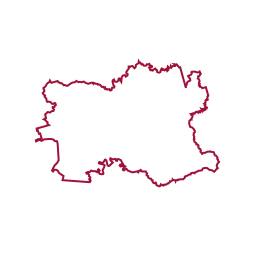 the district of Hawkesbury, New South Wales, Australia, rotated 65°
{"feature_id": "25037944B69069268480762", "entity_name": "Hawkesbury", "entity_type": "district", "adm_level": 2, "iso_a3": "AUS", "parent_name": "Australia", "parent_adm1": "New South Wales", "projection": "mercator", "projection_center": [150.826, -33.341], "detail": "fine", "context": "isolated", "style": "outline", "palette": "rose", "viewbox_px": 256, "rotation_deg": 65, "n_neighbors": 0, "source": "geoboundaries", "source_scale": "gbopen_adm2", "svg_char_len": 5751}
<svg xmlns="http://www.w3.org/2000/svg" viewBox="0 0 256 256"><g transform="rotate(65 128 128)"><path d="M147.6,209.4L160.9,185.6L160.2,184.3L159.5,184.8L158.9,184.1L157.9,184.7L157.6,183.7L156.8,183.0L155.2,183.8L154.1,183.0L153.1,183.4L152.4,183.2L151.9,184.7L151.0,184.8L150.9,183.2L151.7,181.4L151.0,179.4L152.3,178.1L153.4,175.8L154.9,174.7L153.1,172.8L152.9,172.1L154.4,171.6L156.0,173.1L157.4,173.2L158.6,171.8L159.2,170.1L158.7,169.4L155.5,168.9L153.4,166.1L151.8,164.9L151.1,165.3L147.8,169.3L146.9,168.9L146.7,168.3L148.7,166.3L148.7,165.4L148.4,164.2L147.0,162.4L147.0,161.9L148.2,161.3L153.3,162.3L154.3,161.6L154.4,161.0L152.9,156.4L149.9,157.6L148.7,157.4L148.0,156.7L150.1,155.0L150.5,152.7L151.3,152.4L152.4,152.7L152.8,152.3L153.1,151.9L151.8,150.9L151.9,150.1L154.0,148.1L158.5,147.8L157.9,150.6L158.6,151.4L159.7,151.0L160.6,147.3L161.8,146.7L162.6,149.5L163.8,150.3L164.3,150.1L164.7,149.6L164.2,147.4L164.4,146.6L166.4,146.2L169.8,143.1L170.4,141.7L171.3,137.5L172.3,137.7L172.6,137.4L171.5,136.5L171.4,135.6L172.0,134.9L171.8,134.6L172.2,134.6L172.1,133.9L173.4,133.6L174.9,130.3L175.4,130.5L177.2,129.8L178.3,131.1L179.8,130.6L180.1,130.1L181.5,130.6L183.3,129.4L183.9,128.4L185.4,128.6L185.9,127.8L186.9,128.4L188.7,128.1L189.2,127.6L189.1,126.0L189.9,125.8L191.8,126.4L194.1,124.3L194.2,123.6L192.9,122.0L194.3,121.3L194.4,120.5L195.0,120.4L195.1,119.5L194.6,119.2L195.5,117.2L195.0,116.2L195.3,115.1L194.9,114.6L195.0,113.3L194.0,112.5L194.5,111.9L194.2,109.8L193.5,109.3L194.2,109.1L195.2,107.4L196.3,107.4L195.6,106.8L195.8,105.6L196.3,105.2L196.0,104.4L196.4,104.1L196.2,103.2L197.8,99.6L196.9,97.2L196.1,97.0L196.0,96.2L196.3,94.6L196.0,92.2L196.6,90.9L195.6,89.8L196.2,87.5L197.2,86.7L196.6,85.7L196.7,83.1L196.5,82.5L197.6,79.0L196.3,77.2L196.8,74.7L198.0,73.0L200.0,72.2L201.9,69.7L204.0,68.4L203.9,67.6L202.9,65.9L202.3,63.6L201.7,63.9L199.5,63.5L198.3,62.2L197.2,59.8L196.0,60.2L194.8,59.8L193.7,60.2L192.9,59.4L190.2,59.9L189.8,60.6L188.6,60.9L187.6,60.5L186.0,60.7L184.8,62.7L183.8,63.5L183.9,64.2L183.0,66.1L183.1,68.5L182.4,70.2L182.8,71.8L182.4,72.0L181.2,71.9L180.1,72.4L179.0,71.4L177.6,71.4L177.3,72.0L175.6,72.5L174.8,72.0L174.0,72.1L173.5,71.5L172.2,72.1L171.7,73.0L170.6,72.5L169.1,73.4L167.4,73.5L166.4,72.7L166.1,73.0L165.7,72.5L164.9,72.5L164.1,71.6L162.3,71.7L161.6,71.0L160.5,70.7L160.0,69.1L158.4,68.6L157.5,69.0L156.8,68.8L154.4,69.8L153.2,71.2L149.9,70.7L147.5,69.4L146.9,67.6L147.3,66.9L146.0,66.3L145.8,65.6L144.3,64.3L143.3,64.2L142.8,65.2L141.8,65.3L142.1,63.9L142.8,63.2L142.2,62.5L143.2,61.5L142.3,60.6L142.1,59.2L143.7,58.1L142.7,57.1L142.8,56.7L144.0,56.6L144.4,55.8L143.2,55.3L143.6,54.5L143.2,53.6L141.8,53.5L143.0,52.7L144.1,52.9L143.4,51.9L142.4,51.9L142.7,50.9L143.1,51.3L144.2,51.1L144.2,50.3L143.1,49.6L143.6,48.6L143.4,48.3L142.8,47.8L141.7,49.2L141.0,48.6L140.0,49.0L139.3,47.9L138.2,48.6L138.1,47.6L137.6,47.5L137.3,46.7L135.7,46.1L135.5,44.9L136.1,44.5L136.0,43.8L134.9,44.1L134.3,43.1L132.9,42.7L132.7,41.6L123.9,40.2L123.3,43.9L122.4,44.0L121.3,44.7L121.2,45.3L119.9,45.7L119.7,45.1L119.0,45.2L119.1,44.8L117.9,44.7L117.8,44.2L116.7,44.5L115.8,43.4L115.2,43.2L113.7,43.2L112.6,43.8L112.2,43.0L110.8,42.7L111.0,41.4L110.2,40.0L109.4,39.7L109.4,39.1L107.1,39.2L107.4,40.4L107.0,41.6L105.2,43.5L104.0,46.3L104.2,47.0L105.6,47.2L106.3,48.3L106.3,51.6L108.1,51.4L109.4,50.8L111.3,51.5L111.3,54.3L111.7,55.1L113.6,56.6L114.0,57.7L116.2,58.6L95.1,55.1L95.0,55.9L90.9,57.0L91.1,58.3L90.4,58.2L89.8,59.1L91.1,58.6L91.7,58.9L90.7,61.6L91.5,63.0L90.1,63.1L91.3,63.9L90.9,65.5L90.1,66.0L89.4,65.7L89.0,65.9L89.9,66.6L90.7,66.3L92.4,66.8L92.9,68.3L90.7,67.9L90.6,69.2L91.3,69.7L91.2,70.6L90.4,70.9L89.9,72.2L89.0,71.6L88.3,72.3L89.5,74.0L90.9,74.8L91.1,75.8L90.7,76.9L89.6,77.9L87.9,77.3L87.1,78.0L85.7,78.0L85.7,79.3L86.4,81.3L85.3,81.8L85.5,82.8L85.1,83.3L82.1,83.3L82.8,80.9L82.7,80.4L82.1,80.2L81.5,80.4L80.9,81.7L78.9,81.6L78.9,83.1L78.2,84.0L79.1,85.1L78.3,87.3L76.5,87.7L76.3,88.6L75.5,88.4L74.9,89.5L73.8,89.3L73.1,90.0L72.2,90.1L73.6,91.0L74.2,94.2L76.0,95.3L76.6,96.9L73.8,97.7L73.4,98.6L73.5,100.1L72.6,101.0L72.6,101.5L74.2,101.9L76.5,105.9L77.7,106.3L78.9,105.5L80.1,106.2L80.5,108.3L78.8,108.4L78.3,110.0L78.5,110.8L79.4,112.3L83.3,114.6L81.3,114.9L80.1,114.4L79.4,114.9L79.3,115.7L81.1,116.8L81.4,118.9L80.1,120.5L78.2,120.1L78.2,121.2L78.7,122.0L79.9,122.5L83.2,123.1L84.4,122.6L85.1,122.9L85.5,123.8L84.7,125.2L85.3,126.0L86.6,126.7L86.7,127.9L86.2,128.5L84.9,128.4L84.5,130.5L83.6,130.7L83.2,132.2L81.4,131.6L81.4,132.7L80.1,133.0L79.8,134.3L77.2,135.0L76.2,136.1L76.0,136.9L75.1,137.0L74.4,138.4L72.7,139.8L73.4,140.7L71.8,141.3L71.2,143.2L71.4,144.3L71.0,145.4L69.4,147.2L67.3,148.4L66.9,149.7L67.1,150.5L65.9,152.0L65.5,153.6L63.5,154.9L64.1,157.0L63.4,158.8L63.4,160.9L64.2,165.0L63.0,166.7L62.4,166.9L62.1,168.1L59.3,169.2L58.8,170.5L57.9,170.7L57.1,171.9L55.7,171.9L54.7,178.3L52.0,178.7L53.2,179.9L53.2,181.3L53.9,183.1L55.6,185.5L55.9,187.6L56.4,188.0L58.2,187.8L58.8,188.4L59.5,188.4L60.3,190.5L62.0,190.3L63.4,189.4L64.4,190.4L66.7,189.6L69.3,190.3L70.3,190.1L70.4,189.0L71.9,187.1L73.7,186.8L74.5,185.8L74.4,183.7L75.1,183.4L76.7,183.7L76.8,184.8L77.9,185.9L77.2,186.9L77.3,187.5L78.0,187.8L80.1,187.3L81.0,188.4L80.5,189.7L81.0,192.2L79.6,194.0L80.7,197.4L84.3,198.1L84.6,200.6L85.9,199.4L87.2,199.3L88.8,198.5L90.3,199.3L92.0,198.4L89.9,211.0L91.9,211.6L92.0,210.8L95.7,211.1L95.9,209.9L101.0,210.7L100.1,214.7L100.2,216.7L101.3,216.9L101.3,213.6L101.7,212.8L103.1,211.9L102.9,208.6L105.2,202.7L107.0,200.4L108.9,199.9L110.0,197.9L112.7,198.5L127.8,204.4L129.7,207.0L130.9,210.3L134.4,214.8L135.8,214.3L135.6,213.8L134.9,213.7L134.5,212.7L135.7,210.6L137.5,209.5L139.3,209.7L144.3,206.7L147.6,209.4Z" fill="none" stroke="#9f1239" stroke-width="2"/></g></svg>